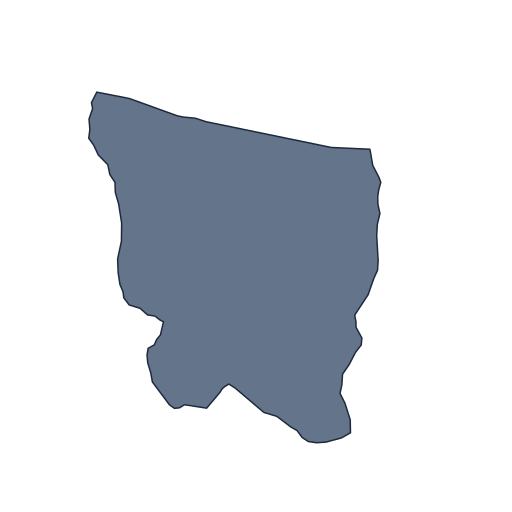 an SVG outline of Gharb - Chrarda - Béni Hssen, rotated 76°
{"feature_id": "MAR-1448", "entity_name": "Gharb - Chrarda - Béni Hssen", "entity_type": "Region", "adm_level": 1, "iso_a3": "MAR", "parent_name": "Morocco", "parent_adm1": "", "projection": "robinson", "projection_center": [-5.873, 34.557], "detail": "fine", "context": "isolated", "style": "filled", "palette": "slate", "viewbox_px": 512, "rotation_deg": 76, "n_neighbors": 0, "source": "natural_earth", "source_scale": "10m", "svg_char_len": 1242}
<svg xmlns="http://www.w3.org/2000/svg" viewBox="0 0 512 512"><g transform="rotate(76 256 256)"><path d="M58.5,370.8L72.6,340.7L100.8,298.7L103.4,293.4L107.7,281.4L113.6,272.0L168.9,156.7L179.9,119.8L180.0,119.8L181.2,119.7L196.3,120.8L209.3,117.7L214.7,117.1L221.7,121.0L227.7,123.5L235.4,125.2L244.8,125.5L254.4,130.5L265.1,133.9L290.0,138.6L299.2,141.5L306.1,147.0L320.7,156.6L337.2,174.5L344.4,175.0L349.4,176.2L361.2,173.1L367.8,175.4L373.5,182.7L384.0,192.0L391.6,200.6L401.9,203.9L409.6,207.7L420.4,205.3L437.8,204.2L450.4,207.1L453.2,217.2L453.5,233.2L451.8,242.6L448.7,250.1L443.3,255.1L435.3,258.4L430.2,263.7L416.6,274.6L409.7,286.2L379.2,308.1L373.7,313.3L375.1,317.9L376.7,321.0L379.3,323.6L391.7,340.7L383.0,361.4L384.8,366.9L384.1,372.0L379.4,376.0L353.2,387.0L344.0,386.4L333.5,386.9L325.7,385.7L319.5,383.0L317.6,376.2L312.9,372.5L309.4,367.8L297.5,361.7L294.5,365.0L289.9,368.5L286.9,375.5L278.7,381.2L272.8,390.9L264.6,394.4L258.6,393.7L250.6,394.9L239.0,393.8L225.5,391.0L209.1,383.0L191.6,378.4L172.4,376.7L160.1,377.1L150.5,375.0L141.6,378.1L131.6,377.7L119.8,384.6L109.1,386.7L101.3,389.8L93.0,386.6L82.7,384.9L73.5,378.9L67.3,378.5L58.5,370.8L58.5,370.8Z" fill="#64748b" stroke="#1e293b" stroke-width="1.5"/></g></svg>